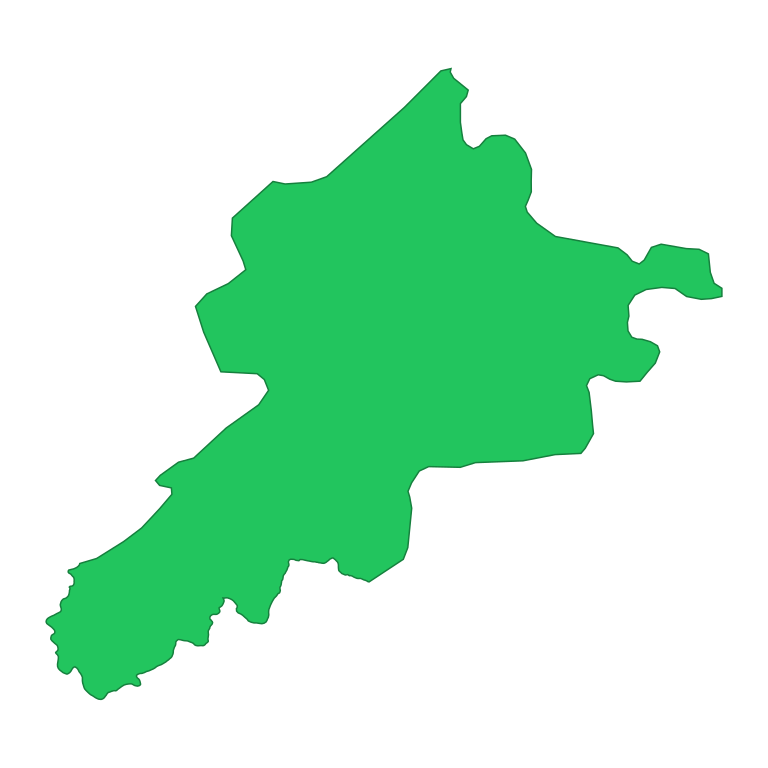 the district of Suárez, Canelones, Uruguay
{"feature_id": "84410073B82028195358702", "entity_name": "Suárez", "entity_type": "district", "adm_level": 2, "iso_a3": "URY", "parent_name": "Uruguay", "parent_adm1": "Canelones", "projection": "equal_earth", "projection_center": [-56.061, -34.736], "detail": "fine", "context": "isolated", "style": "filled", "palette": "green", "viewbox_px": 768, "rotation_deg": 0, "n_neighbors": 0, "source": "geoboundaries", "source_scale": "gbopen_adm2", "svg_char_len": 5886}
<svg xmlns="http://www.w3.org/2000/svg" viewBox="0 0 768 768"><path d="M721.9,296.4L721.9,288.3L714.1,283.3L710.3,272.3L708.4,253.9L699.1,249.3L686.3,248.6L661.1,244.2L651.4,247.4L644.2,260.1L639.2,264.0L632.2,261.2L627.1,254.8L618.0,247.9L587.2,242.3L555.4,236.5L536.7,223.2L527.2,212.1L525.4,206.4L528.2,200.0L531.3,191.8L531.2,181.3L531.5,169.4L525.5,153.0L514.7,139.1L505.5,135.2L491.7,135.8L486.1,138.7L479.4,146.3L473.3,148.8L466.5,144.7L463.0,139.9L461.8,132.6L460.4,122.3L460.4,103.6L466.4,96.6L468.2,90.1L453.7,78.3L450.2,72.1L451.0,68.6L440.9,70.9L404.3,107.5L326.7,176.7L311.3,182.2L285.1,184.0L273.0,181.5L232.4,218.1L231.4,235.7L243.1,260.9L245.8,269.7L228.3,283.6L206.8,293.9L195.5,306.4L203.7,332.2L220.9,371.8L257.2,373.7L264.3,379.5L268.6,390.3L258.7,404.8L226.2,428.0L193.7,458.1L178.5,462.2L160.3,475.3L155.5,480.5L159.6,485.4L171.4,487.9L171.9,494.3L159.4,509.0L141.6,528.0L123.6,541.6L96.6,558.5L79.8,563.5L79.2,565.2L78.3,566.2L76.8,567.4L75.2,568.2L73.6,568.9L71.8,569.3L69.8,569.8L68.7,570.1L68.2,571.1L68.2,572.1L68.9,573.1L70.1,573.7L71.0,574.3L71.7,575.2L72.7,576.4L73.6,577.2L74.1,578.7L74.2,579.9L74.1,581.6L74.2,583.1L73.7,584.5L73.0,585.6L72.1,586.0L71.2,586.2L70.1,586.3L69.3,587.1L69.8,587.7L70.0,588.9L69.5,590.4L69.4,592.1L69.0,594.1L68.4,595.8L67.0,597.3L65.8,598.2L63.3,599.0L61.9,600.4L61.1,601.7L60.7,603.1L60.3,604.5L60.4,605.8L60.8,607.1L61.3,608.8L61.2,610.6L60.2,611.9L58.5,612.8L57.0,613.5L55.2,614.5L53.8,615.3L52.0,616.0L50.2,616.9L49.1,617.5L47.5,618.6L46.4,620.2L46.1,621.9L46.8,623.5L48.2,624.6L49.8,625.8L51.6,627.1L53.2,628.7L54.3,629.9L54.9,631.5L54.7,633.0L53.6,634.1L52.3,634.7L51.4,635.7L51.1,636.8L50.8,638.0L50.9,639.3L52.0,640.8L53.2,641.9L54.7,643.3L56.2,644.5L57.3,645.5L57.9,647.3L58.1,648.9L57.8,650.3L56.8,651.4L55.7,652.4L56.0,653.4L57.5,654.8L58.4,656.6L58.3,659.0L57.9,661.7L57.5,664.2L57.6,666.5L58.4,668.5L59.8,670.1L61.5,671.4L63.2,672.7L65.4,673.6L67.0,674.1L68.4,673.5L69.7,672.6L70.9,671.2L72.0,669.2L73.3,667.5L74.9,666.8L76.7,667.9L78.0,669.4L79.1,671.7L80.6,673.6L81.6,675.4L82.4,677.2L82.4,678.8L82.4,680.9L82.7,683.0L83.4,685.3L84.0,687.3L84.6,688.8L85.9,690.3L87.7,692.1L89.4,693.7L90.8,694.8L92.5,695.7L94.2,696.8L95.5,697.7L97.5,698.7L98.9,699.2L101.1,699.4L102.7,698.9L104.3,697.7L105.2,696.4L106.2,695.2L106.9,694.0L108.2,692.5L109.9,692.0L111.6,691.3L112.7,691.0L114.0,690.6L115.4,690.8L116.6,690.5L117.6,689.5L119.5,688.1L121.8,686.4L124.1,685.0L126.4,684.3L129.0,683.9L131.3,683.8L132.7,684.4L134.4,685.4L136.2,685.9L137.7,686.1L139.6,685.5L140.5,684.6L140.5,683.6L140.0,681.5L139.5,680.1L138.7,679.0L137.3,677.9L136.5,676.5L136.6,675.2L138.0,674.2L139.9,673.5L141.9,673.4L144.3,672.6L146.5,671.5L149.0,670.8L151.2,669.8L153.3,668.9L155.1,667.8L156.7,666.5L158.5,665.6L161.3,664.6L163.4,663.4L166.0,661.8L167.5,660.5L168.5,659.9L169.6,658.8L170.9,657.8L171.9,656.6L172.4,655.3L173.0,653.9L173.3,652.1L173.3,650.6L173.9,648.7L174.5,647.0L175.4,645.5L175.7,644.2L175.8,642.5L175.9,641.8L176.5,640.9L177.1,640.4L177.9,639.7L178.6,639.5L179.9,639.7L180.8,639.8L182.1,640.2L183.3,640.5L184.6,640.7L186.0,640.8L187.4,640.9L188.7,641.4L190.5,642.1L192.2,642.7L193.5,643.5L194.6,644.8L196.0,645.5L197.9,645.8L200.3,645.6L202.1,645.6L203.0,645.7L204.0,645.4L205.2,644.5L205.9,643.5L207.2,642.6L208.2,641.6L208.2,640.3L207.9,639.1L208.1,637.6L208.3,636.2L208.5,634.7L208.3,633.0L208.2,631.4L208.6,630.1L209.1,629.3L209.7,628.4L209.8,627.4L210.4,626.1L211.2,625.2L212.2,624.0L212.6,622.7L212.3,621.7L211.7,621.0L210.8,619.8L209.9,619.0L209.8,617.7L210.1,616.6L210.8,615.6L212.3,614.6L212.8,614.5L213.7,614.3L215.3,614.4L216.8,614.3L218.7,613.2L219.8,611.8L219.8,610.7L219.5,609.7L219.1,608.6L219.2,607.6L220.5,606.9L221.8,605.9L222.8,604.4L223.6,602.6L224.1,601.0L223.9,599.9L223.4,598.9L223.0,598.0L224.5,598.1L226.0,597.8L227.7,597.9L230.0,598.7L231.9,599.7L233.5,600.9L235.5,603.3L237.3,605.6L237.1,607.7L236.4,608.6L236.6,611.1L238.2,612.9L240.6,613.9L242.6,615.2L244.9,617.3L247.2,619.3L248.3,620.9L251.1,622.2L253.9,622.9L256.4,622.9L259.4,623.4L261.9,623.7L264.1,623.2L266.1,621.9L267.1,620.1L267.5,618.9L268.3,617.4L268.8,614.9L268.6,612.2L268.8,609.7L269.5,607.8L270.5,605.1L272.3,601.4L274.2,598.2L276.5,595.9L278.1,593.5L278.7,593.3L279.5,592.9L279.8,592.3L280.1,591.3L280.3,590.4L280.0,589.0L279.9,587.7L280.2,586.8L280.7,586.0L281.1,584.8L281.4,583.0L281.6,581.6L281.7,580.6L282.6,579.7L283.0,577.9L283.2,576.0L284.0,574.5L285.1,573.3L286.0,571.5L286.9,570.0L287.5,568.3L287.9,567.0L288.5,566.3L288.8,565.7L288.9,564.2L288.5,562.8L288.4,561.7L288.8,560.8L289.3,559.8L290.8,559.2L292.5,559.3L294.1,559.4L296.0,560.3L298.9,560.7L300.1,559.5L302.7,559.6L305.0,560.2L307.8,560.8L309.6,561.1L311.3,561.5L313.2,561.8L314.9,561.8L316.5,562.2L317.6,562.3L318.9,562.7L320.1,562.8L322.1,563.2L323.9,563.3L325.2,562.8L326.1,562.3L327.3,561.3L328.7,560.3L329.3,559.6L330.1,559.0L331.0,558.6L332.2,558.0L333.4,558.1L334.2,558.9L335.3,559.7L336.3,560.8L337.4,561.9L338.1,563.3L338.4,564.9L338.4,567.1L338.5,568.6L338.7,570.2L339.3,571.2L340.6,572.3L341.8,573.5L343.2,574.1L345.3,575.0L346.5,574.8L347.7,574.6L348.4,575.0L349.3,575.7L350.7,575.6L352.3,576.1L353.7,577.0L355.8,577.9L357.2,578.4L358.6,578.5L360.4,578.4L361.8,578.9L363.9,579.9L365.4,580.3L366.8,580.9L367.8,581.6L369.1,581.9L384.5,571.7L403.3,559.3L407.8,547.6L411.7,508.2L409.7,497.0L408.0,491.3L411.6,482.8L419.3,471.0L428.7,466.6L460.3,467.3L475.5,462.6L523.0,460.8L555.1,454.6L580.9,453.4L585.3,448.2L593.5,433.6L592.6,425.2L591.3,410.6L589.1,392.4L586.5,385.6L589.8,378.7L598.2,374.8L603.5,375.7L609.8,379.2L615.5,381.2L626.4,381.9L640.0,381.2L647.4,372.1L655.3,363.1L659.7,351.9L657.5,345.8L650.4,341.7L642.1,339.3L637.0,339.1L631.8,337.2L628.0,330.9L627.4,322.4L628.9,316.1L628.1,305.4L634.8,295.1L646.1,289.5L661.8,287.4L675.1,288.5L686.6,296.5L701.3,299.3L711.5,298.6L721.9,296.4Z" fill="#22c55e" stroke="#15803d" stroke-width="1.5"/></svg>